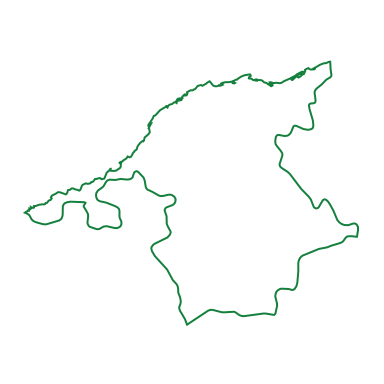 an SVG outline of Makkah, rotated 91°
{"feature_id": "SAU-888", "entity_name": "Makkah", "entity_type": "Region", "adm_level": 1, "iso_a3": "SAU", "parent_name": "Saudi Arabia", "parent_adm1": "", "projection": "albers", "projection_center": [40.65, 21.044], "detail": "fine", "context": "isolated", "style": "outline", "palette": "green", "viewbox_px": 384, "rotation_deg": 91, "n_neighbors": 0, "source": "natural_earth", "source_scale": "10m", "svg_char_len": 5908}
<svg xmlns="http://www.w3.org/2000/svg" viewBox="0 0 384 384"><g transform="rotate(91 192 192)"><path d="M215.6,358.7L214.5,357.2L214.1,356.2L213.3,355.7L213.6,354.8L211.4,354.4L212.1,353.6L211.3,352.6L209.9,352.8L210.5,351.8L210.6,351.3L210.3,350.9L210.6,350.1L210.3,349.7L208.8,349.7L208.7,347.8L207.6,345.3L207.0,342.2L206.9,339.2L206.6,338.6L205.6,338.2L205.4,336.8L203.1,335.1L202.4,333.2L200.9,332.2L199.8,333.0L198.0,331.9L196.1,328.2L194.5,325.9L194.6,324.0L196.6,318.1L196.0,317.3L194.6,316.6L192.3,316.0L191.8,313.9L190.5,312.3L190.5,311.1L191.5,308.5L191.9,306.3L192.6,304.9L192.1,304.0L191.1,303.4L187.7,302.2L186.8,301.6L185.2,298.3L185.7,296.3L185.0,293.6L184.0,293.1L183.5,291.4L183.0,290.8L180.7,289.2L180.7,287.7L180.2,286.8L179.7,284.8L179.7,284.2L180.8,282.7L180.5,282.3L180.6,281.7L180.1,279.9L174.2,277.6L171.5,274.8L170.2,274.0L170.2,273.7L170.7,273.8L172.0,274.5L172.3,272.1L172.2,269.3L171.8,268.0L169.3,264.5L168.3,263.8L164.4,263.5L164.0,264.0L164.6,265.5L163.8,264.8L163.1,263.6L162.6,261.9L161.8,261.5L159.6,258.2L157.6,256.9L158.4,254.9L158.0,253.9L157.4,253.3L153.3,251.2L152.8,250.4L151.8,250.0L150.5,248.1L147.3,247.2L146.2,246.5L143.8,244.6L141.9,242.4L142.2,241.6L141.3,240.9L138.3,240.3L136.2,237.9L136.2,237.7L134.0,235.8L133.1,235.3L131.9,235.4L129.5,236.0L129.1,236.5L124.3,234.1L124.7,235.2L126.7,236.7L126.3,236.9L125.4,236.6L119.4,232.7L116.7,231.6L115.9,229.9L110.7,225.3L107.5,220.1L106.5,219.2L106.5,218.7L107.5,218.7L108.0,218.0L106.5,217.4L105.2,216.2L104.3,213.3L102.6,211.2L102.4,210.3L103.3,209.0L100.7,208.2L101.1,209.0L101.8,209.4L100.7,209.0L99.6,208.3L98.9,207.5L99.3,206.6L98.6,206.0L98.9,205.1L99.6,205.8L100.7,206.2L100.3,204.3L99.3,204.3L98.6,203.2L98.3,203.2L98.2,204.2L95.6,202.3L94.5,200.8L94.6,199.5L95.6,200.3L95.5,199.3L95.2,199.0L93.9,198.3L92.3,198.7L90.4,195.4L90.3,193.0L90.1,192.5L89.4,192.0L89.2,190.8L85.8,188.1L84.9,184.8L85.6,183.4L83.3,179.5L82.6,179.0L81.0,176.3L85.2,172.7L85.8,171.3L85.9,169.5L85.5,167.8L84.7,167.0L84.7,166.6L85.3,166.2L85.2,165.4L84.4,163.5L83.7,164.7L83.1,164.9L82.2,163.0L82.6,162.7L81.7,161.4L81.5,156.4L81.0,154.9L81.1,154.0L82.4,153.3L82.7,151.7L82.3,151.0L81.6,152.7L80.4,152.9L80.1,151.7L79.1,150.6L78.7,148.6L78.0,148.2L75.9,145.1L74.4,141.7L73.5,136.9L73.5,135.8L74.9,135.3L76.4,137.1L77.4,137.1L77.8,134.2L78.9,133.1L79.5,129.8L79.6,128.7L79.3,128.6L78.5,130.6L78.2,129.7L78.9,127.7L78.9,125.4L79.3,123.8L81.1,121.8L81.7,119.4L83.0,117.8L83.7,116.2L84.8,115.0L84.8,114.3L84.0,113.3L83.4,113.4L82.3,116.2L81.0,116.4L81.0,114.8L81.7,112.4L81.3,109.3L81.7,106.1L81.3,104.5L79.5,101.8L76.8,95.9L76.9,95.3L78.3,94.0L78.2,93.5L74.7,89.8L74.2,90.1L75.7,91.9L76.4,94.3L76.0,94.6L73.9,90.7L72.5,89.1L69.8,84.2L69.8,83.4L71.3,84.2L73.0,88.1L74.5,88.7L75.0,88.6L75.7,87.6L74.3,85.2L73.0,84.3L72.1,82.2L69.0,80.9L67.9,81.1L67.2,80.2L66.1,77.8L66.7,77.2L67.5,75.6L67.2,71.6L66.6,71.3L66.1,72.2L63.6,67.8L62.7,66.6L61.1,62.7L60.8,60.2L59.4,57.2L59.3,56.1L67.4,55.5L72.7,54.6L74.1,55.0L75.1,56.0L77.3,59.6L82.1,64.1L86.2,69.0L87.3,70.0L88.6,70.8L90.3,71.2L98.0,70.1L99.5,70.1L100.5,70.7L101.1,71.6L101.5,75.1L102.0,76.0L103.2,76.6L107.2,75.9L118.4,72.4L123.3,71.8L125.6,72.2L126.5,73.0L127.1,74.1L127.7,76.2L127.7,77.9L127.1,81.7L124.2,88.5L123.9,89.7L124.0,90.8L124.7,91.7L130.8,94.1L132.8,95.7L133.6,96.8L134.1,98.0L134.4,100.4L133.4,106.3L133.6,107.5L134.3,108.4L135.5,109.1L138.9,109.6L141.3,109.5L142.7,109.2L144.0,108.4L149.4,103.9L151.6,102.5L153.2,102.2L154.4,102.4L162.5,104.9L163.8,104.8L165.0,104.3L166.4,102.8L170.1,96.9L172.2,94.5L187.2,82.7L194.5,75.3L197.5,73.0L204.8,70.0L205.8,68.9L206.3,67.3L205.9,66.1L205.1,65.1L198.2,61.2L197.3,60.2L197.0,59.1L197.5,57.7L199.1,55.9L201.4,54.2L208.2,50.3L217.5,46.2L220.0,43.9L221.4,41.8L222.4,38.9L222.4,35.1L220.7,30.2L220.6,29.1L220.9,27.9L221.6,26.9L223.8,25.5L227.1,25.3L233.9,26.3L233.4,31.7L233.6,35.3L234.0,36.4L235.2,37.7L238.2,39.7L239.3,40.8L240.3,42.6L243.2,51.6L245.0,56.0L246.7,64.1L253.6,80.2L254.9,81.8L255.9,82.7L258.2,83.9L261.2,84.5L269.4,84.3L280.8,85.1L284.5,86.0L287.2,87.8L288.0,89.0L288.2,90.2L287.3,93.7L287.1,100.9L287.5,102.4L288.7,104.4L289.8,105.4L291.0,106.2L294.5,107.0L301.9,105.1L304.3,104.9L311.7,106.4L312.7,106.9L313.5,107.8L312.2,116.4L312.3,118.7L315.2,137.7L315.2,138.8L315.1,140.1L314.3,142.4L311.4,146.7L311.0,147.9L311.8,158.6L311.5,161.0L309.5,169.3L309.5,171.7L310.5,174.0L324.7,194.6L319.1,196.9L310.8,202.0L309.0,202.6L307.5,202.8L304.0,201.6L301.1,201.3L297.1,202.2L292.8,204.0L288.7,204.2L286.8,204.6L285.3,205.3L284.0,206.2L280.5,209.6L270.0,215.5L256.7,228.0L252.0,230.9L250.2,231.5L248.7,231.7L247.5,231.3L245.4,229.8L244.5,228.6L237.9,215.8L234.9,213.2L232.5,212.6L231.4,213.0L226.4,215.8L224.1,216.7L216.7,217.0L211.1,219.0L209.9,218.9L208.4,218.0L207.7,217.0L205.4,211.2L204.6,210.1L203.4,209.1L201.8,208.4L199.2,208.3L197.0,209.6L195.4,212.1L195.1,213.0L195.1,215.4L196.5,221.1L196.6,223.4L196.2,224.9L192.5,231.7L190.4,236.6L189.1,237.7L187.8,238.3L181.4,239.5L178.4,240.7L173.1,245.9L172.4,246.9L172.2,248.0L172.6,249.1L173.4,250.0L174.5,250.5L178.5,251.7L179.8,253.2L180.3,254.3L180.7,256.8L180.2,263.8L181.3,268.7L181.1,274.5L181.9,276.8L183.4,278.1L187.5,280.4L188.8,281.5L192.2,286.1L194.7,287.6L196.1,287.9L198.6,287.7L200.8,286.8L201.8,286.0L202.9,283.8L204.1,277.7L207.5,268.5L208.9,266.0L210.1,264.8L212.1,264.2L217.1,264.1L219.0,263.9L222.8,262.1L225.1,262.0L226.1,262.2L227.6,263.0L229.0,265.1L229.4,266.3L229.4,268.6L227.8,276.0L227.7,277.4L228.2,280.0L230.5,283.8L230.8,285.2L230.8,286.6L228.6,293.6L227.8,294.6L225.8,295.7L224.3,296.0L218.3,295.4L215.9,295.6L212.4,297.5L208.6,300.0L207.6,300.0L204.7,298.3L204.3,298.9L204.1,299.9L203.8,313.2L204.4,316.7L205.5,319.0L206.4,320.0L208.5,320.9L216.8,320.9L219.1,321.3L221.3,322.3L222.8,324.3L226.9,337.3L226.8,340.4L224.9,347.6L223.9,349.9L222.3,351.8L217.9,354.3L216.6,356.3L215.6,358.7Z" fill="none" stroke="#15803d" stroke-width="2"/></g></svg>